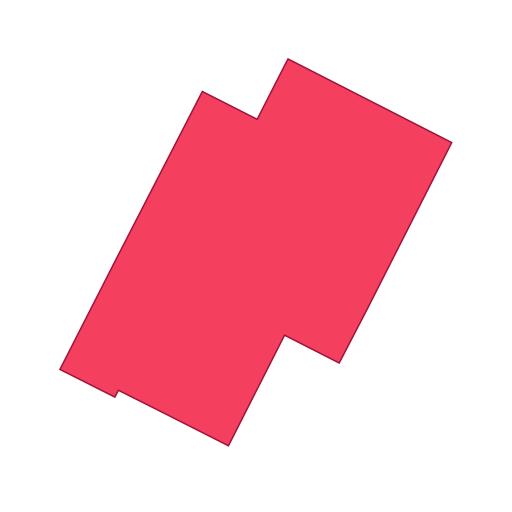 Pawnee, Kansas, United States of America, rotated 297°
{"feature_id": "52423323B20643540439261", "entity_name": "Pawnee", "entity_type": "district", "adm_level": 2, "iso_a3": "USA", "parent_name": "United States of America", "parent_adm1": "Kansas", "projection": "natural_earth1", "projection_center": [-99.239, 38.175], "detail": "fine", "context": "isolated", "style": "filled", "palette": "rose", "viewbox_px": 512, "rotation_deg": 297, "n_neighbors": 0, "source": "geoboundaries", "source_scale": "gbopen_adm2", "svg_char_len": 370}
<svg xmlns="http://www.w3.org/2000/svg" viewBox="0 0 512 512"><g transform="rotate(297 256 256)"><path d="M384.2,379.0L445.9,378.9L446.1,195.1L440.8,195.0L383.9,195.0L378.3,195.0L378.2,133.5L192.0,132.8L65.9,132.8L66.2,194.3L73.9,194.4L74.2,245.7L74.4,317.6L198.4,317.4L198.4,378.7L260.5,379.2L384.2,379.0Z" fill="#f43f5e" stroke="#9f1239" stroke-width="1.5"/></g></svg>